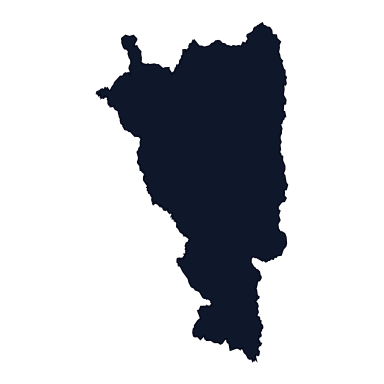 Ngororero, Western, Rwanda (Equal Earth projection)
{"feature_id": "39286606B38913138871456", "entity_name": "Ngororero", "entity_type": "district", "adm_level": 2, "iso_a3": "RWA", "parent_name": "Rwanda", "parent_adm1": "Western", "projection": "equal_earth", "projection_center": [29.551, -1.904], "detail": "fine", "context": "isolated", "style": "filled", "palette": "ink", "viewbox_px": 384, "rotation_deg": 0, "n_neighbors": 0, "source": "geoboundaries", "source_scale": "gbopen_adm2", "svg_char_len": 5951}
<svg xmlns="http://www.w3.org/2000/svg" viewBox="0 0 384 384"><path d="M276.3,35.1L272.8,34.9L272.0,34.2L271.6,30.4L269.6,27.5L266.7,27.2L265.7,26.1L263.3,25.4L262.4,23.0L259.3,24.8L258.9,26.1L257.7,25.7L256.5,27.1L255.0,27.3L253.8,28.8L253.6,30.7L251.7,32.6L247.4,34.7L247.0,36.5L247.9,37.6L248.1,39.9L247.0,40.7L246.4,42.0L246.7,42.9L244.9,43.2L243.0,42.4L241.3,46.4L238.9,45.7L235.8,46.4L233.2,45.7L231.5,46.9L228.1,45.7L226.9,46.1L225.0,44.0L222.2,43.6L220.0,41.1L218.3,40.6L215.6,41.1L214.2,42.8L211.7,43.7L209.7,45.9L204.1,47.4L202.3,46.4L199.1,46.2L194.2,40.2L193.7,40.9L193.0,40.5L192.0,43.2L189.6,44.2L189.7,45.0L189.0,46.0L189.2,48.2L187.8,49.2L187.7,50.1L186.1,50.1L185.9,51.0L185.2,49.7L183.1,49.9L183.0,55.2L181.6,56.1L182.0,57.8L179.9,60.6L179.6,63.8L177.7,65.6L176.9,65.2L176.3,67.9L175.5,68.1L175.7,68.8L175.0,69.4L174.7,71.5L172.9,72.6L172.0,74.1L168.9,69.3L168.9,67.7L164.7,68.0L163.1,68.9L158.3,64.7L156.8,65.0L154.6,64.1L149.5,64.8L147.9,64.0L146.4,64.8L142.6,63.7L140.9,62.1L141.2,58.1L140.5,54.4L140.7,51.5L138.1,48.7L136.8,45.9L134.0,46.3L134.5,43.5L136.6,39.8L136.5,38.7L133.4,35.5L129.4,36.7L125.5,35.4L121.8,38.4L121.8,39.6L122.7,40.3L122.1,40.8L122.0,42.9L123.6,47.3L124.6,48.7L126.7,49.0L128.8,51.6L128.2,53.4L128.5,54.7L129.5,57.9L130.9,59.6L131.0,63.5L129.5,66.5L129.2,68.6L130.3,70.7L130.0,74.7L128.4,72.8L126.0,73.5L125.4,73.0L124.1,73.9L122.9,76.2L120.2,76.4L114.5,82.8L114.1,84.6L112.4,86.6L110.5,90.4L108.8,90.6L107.5,88.0L106.8,88.7L105.1,87.7L104.5,89.6L103.6,89.9L102.7,89.0L101.0,89.4L99.6,90.9L97.1,91.7L96.5,93.6L98.2,94.3L98.6,95.7L100.2,94.8L100.6,95.3L100.4,97.1L101.1,97.3L101.1,98.1L101.7,97.6L103.6,98.2L104.1,97.7L103.8,96.8L105.1,96.2L106.1,97.1L107.2,96.9L108.1,98.1L107.5,99.4L108.4,100.9L108.0,102.0L108.7,103.5L108.2,103.8L109.2,105.2L109.9,105.3L110.3,106.7L113.5,106.2L115.3,109.3L118.2,110.7L119.6,117.3L120.5,118.5L120.4,120.5L121.1,123.5L123.1,124.7L122.9,126.0L124.9,129.5L127.4,130.0L129.0,131.4L130.1,131.0L134.7,136.1L138.8,136.3L141.2,138.7L140.3,141.9L140.6,146.4L139.0,148.3L138.7,150.2L137.2,152.1L138.7,157.4L138.4,160.1L137.6,161.6L137.8,163.0L139.4,165.1L140.3,165.5L140.0,166.6L140.3,170.1L141.0,170.2L143.2,172.5L144.1,172.3L144.2,173.8L145.1,175.1L145.0,176.3L144.1,176.0L143.7,177.0L143.7,180.1L146.4,184.1L147.1,183.7L147.6,186.7L146.9,187.5L147.9,188.1L147.4,190.2L148.2,190.7L148.7,193.0L150.1,193.5L151.2,196.0L152.3,197.3L151.9,199.3L152.2,201.4L153.5,203.0L152.7,203.7L153.3,204.5L155.5,202.3L155.8,203.2L158.0,204.1L159.9,206.3L160.4,205.2L161.1,205.2L161.4,206.8L162.3,206.8L163.8,209.8L165.6,210.3L167.3,209.2L168.1,211.6L169.6,213.3L170.7,212.6L172.5,213.7L171.2,216.8L172.9,216.8L173.1,217.5L172.4,218.7L173.6,218.9L174.5,219.8L174.5,221.0L175.5,221.0L177.0,223.0L176.7,226.8L178.5,228.5L180.3,231.9L183.1,233.7L184.1,235.9L185.2,235.1L185.7,236.0L186.6,235.5L186.8,236.8L189.5,238.8L188.2,242.2L186.3,243.1L185.3,246.0L186.1,247.4L185.4,249.1L186.6,249.9L185.9,250.0L186.3,251.3L185.9,251.6L186.5,252.4L185.7,253.1L186.3,253.6L185.3,254.4L184.2,254.3L185.0,256.1L183.5,257.0L183.4,258.9L182.1,258.2L180.6,259.3L179.9,258.2L179.4,258.9L178.3,258.3L177.3,258.9L177.1,262.1L178.3,263.0L178.5,265.7L180.2,265.8L183.1,271.6L188.3,278.6L189.2,282.5L191.4,286.7L194.5,288.2L195.2,289.7L199.5,291.4L203.0,297.4L204.2,298.2L206.0,298.0L206.5,299.0L207.9,298.6L209.9,299.8L211.1,301.1L211.0,302.5L211.9,303.3L212.0,304.4L211.0,304.9L210.3,306.3L208.9,306.2L208.5,306.9L206.8,305.6L206.4,306.4L205.0,306.3L204.6,306.8L203.1,306.3L201.3,307.3L201.3,306.5L200.8,306.5L199.5,310.1L197.8,310.7L200.7,318.4L197.9,320.7L194.5,325.7L194.9,327.2L193.4,329.0L192.9,333.0L193.5,333.8L193.3,334.8L193.8,336.1L194.9,336.7L197.7,336.4L200.4,339.4L203.4,336.3L204.4,336.2L205.1,339.0L205.9,339.2L206.5,340.3L210.9,340.1L214.3,342.4L218.3,342.4L220.4,344.0L222.3,343.0L224.6,339.4L227.3,338.7L226.9,341.1L227.6,342.6L228.3,342.4L229.3,344.1L230.3,350.2L236.3,348.0L238.4,348.1L240.2,349.5L240.5,348.8L242.7,348.5L244.4,352.7L246.4,354.4L248.1,358.0L249.6,359.1L251.8,358.7L252.6,361.0L253.0,360.3L254.0,360.8L254.9,358.8L256.2,360.1L255.3,356.8L255.8,355.3L256.6,354.4L258.0,355.5L258.8,354.7L259.2,351.4L258.2,350.9L257.7,348.3L258.7,346.0L260.4,345.4L261.3,343.4L259.1,342.5L259.6,341.2L258.6,340.7L258.4,338.8L259.1,337.5L259.0,336.0L260.3,336.6L261.1,335.8L260.2,332.1L261.4,330.5L261.1,329.4L262.4,328.4L262.7,327.1L262.2,325.2L260.6,323.6L260.8,320.9L259.7,320.8L259.3,317.3L256.9,316.5L257.0,314.5L258.2,312.1L257.1,308.5L258.0,306.4L257.3,303.6L255.3,301.5L256.9,299.8L257.2,298.5L258.5,298.3L258.9,296.8L257.1,295.6L256.4,289.9L255.4,288.4L256.1,287.8L256.8,285.2L257.3,281.9L258.2,280.7L259.5,280.6L260.9,278.3L261.0,276.7L259.9,275.1L259.4,271.9L257.6,270.0L255.8,269.5L255.0,268.0L253.6,267.1L250.9,262.5L251.1,258.7L252.3,257.0L253.4,256.6L255.3,257.5L256.7,257.4L262.6,260.9L263.8,260.0L265.7,261.8L267.0,261.4L267.9,260.2L269.6,260.2L271.0,258.6L273.3,259.2L274.1,257.0L276.2,257.2L277.3,255.6L281.1,255.1L283.1,249.2L285.7,246.2L286.4,243.5L285.9,237.1L284.6,233.7L281.8,231.9L280.2,232.0L278.8,229.5L278.3,229.4L277.7,223.9L279.9,220.2L278.3,215.3L279.8,210.8L278.1,209.7L278.0,206.7L281.2,202.4L282.6,201.5L284.4,201.4L286.1,198.1L283.9,195.6L284.3,193.5L284.0,189.9L286.2,189.5L287.5,184.9L285.9,182.7L284.7,175.6L283.2,173.5L284.7,169.6L284.7,166.0L282.3,160.2L282.6,156.8L282.2,156.1L280.7,155.7L280.6,153.6L279.3,152.4L280.4,149.4L279.7,144.7L281.0,142.1L279.9,138.9L280.0,135.7L281.2,133.5L281.2,130.8L281.8,128.9L280.3,124.1L281.8,123.1L282.4,120.1L283.6,119.3L284.1,117.4L285.5,116.5L284.5,111.7L283.0,111.8L283.5,104.1L285.4,103.9L285.8,99.8L283.2,95.1L283.9,89.0L283.5,85.5L284.0,84.5L285.4,84.9L286.1,83.5L285.3,79.6L286.2,77.8L285.9,76.5L284.8,76.4L284.9,70.9L284.6,70.0L283.6,69.4L281.5,63.1L282.4,60.7L281.4,60.1L280.0,58.0L279.4,54.3L278.3,52.2L279.2,47.7L278.9,45.0L280.4,41.8L276.8,38.5L276.3,35.1Z" fill="#0f172a" stroke="#020617" stroke-width="1.5"/></svg>